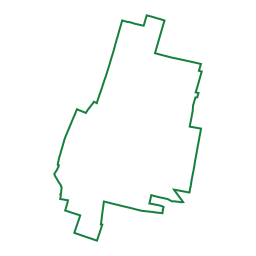 Celaru, Dolj, Romania (Mercator projection)
{"feature_id": "2599482B43733075119121", "entity_name": "Celaru", "entity_type": "district", "adm_level": 2, "iso_a3": "ROU", "parent_name": "Romania", "parent_adm1": "Dolj", "projection": "mercator", "projection_center": [24.129, 44.049], "detail": "fine", "context": "isolated", "style": "outline", "palette": "green", "viewbox_px": 256, "rotation_deg": 0, "n_neighbors": 0, "source": "geoboundaries", "source_scale": "gbopen_adm2", "svg_char_len": 5187}
<svg xmlns="http://www.w3.org/2000/svg" viewBox="0 0 256 256"><path d="M97.0,240.6L97.5,239.0L99.4,233.4L100.8,229.2L102.1,225.1L102.3,224.6L100.9,224.4L101.3,221.4L102.1,215.0L102.6,211.0L103.3,206.2L103.6,203.5L103.8,202.3L103.9,201.5L104.0,201.5L110.3,203.1L113.0,203.8L117.3,204.8L123.3,206.3L129.8,207.8L131.8,208.3L135.2,209.2L138.9,210.1L142.2,210.9L143.7,211.0L145.3,211.2L147.0,211.4L150.2,211.7L153.6,212.1L156.0,212.5L159.0,212.8L160.3,212.9L162.4,213.2L162.8,210.8L163.0,209.7L162.8,209.6L163.1,208.8L163.6,206.9L160.7,205.7L160.3,205.6L159.7,205.5L157.5,205.0L153.7,204.3L151.6,203.9L150.1,203.6L149.4,203.5L149.6,202.6L149.9,201.4L150.6,198.3L151.2,195.2L152.2,195.4L153.4,195.8L155.1,196.2L157.3,196.8L159.3,197.3L162.1,197.8L164.4,198.3L166.6,198.9L167.4,198.9L167.6,199.0L168.1,199.3L169.0,199.8L170.6,200.6L172.1,201.4L175.1,201.3L175.7,201.5L177.2,201.7L178.9,201.8L180.1,202.2L181.1,202.2L182.2,202.2L183.1,202.1L181.3,199.6L177.5,194.5L175.2,191.4L174.6,190.7L174.0,189.7L177.7,190.3L189.2,192.5L189.4,192.5L189.5,192.3L189.6,191.9L189.7,191.3L189.7,190.8L189.8,190.5L189.8,190.4L189.8,190.2L189.9,189.9L189.9,189.7L190.0,189.2L190.1,188.8L190.1,188.7L190.2,188.2L190.3,188.0L190.4,187.5L190.4,187.3L190.5,187.2L190.6,186.7L190.6,186.3L190.6,186.2L190.9,184.9L191.0,184.3L191.0,183.9L191.0,183.7L191.1,183.3L191.2,183.1L191.2,182.8L191.2,182.6L191.3,182.4L191.4,181.9L191.5,180.7L191.6,180.4L191.6,180.2L191.7,179.7L191.7,179.4L191.8,179.2L191.9,178.6L192.0,178.0L192.2,177.1L192.4,176.2L192.5,175.7L192.5,175.3L192.6,175.1L192.6,174.9L192.7,174.3L192.8,174.2L192.8,173.9L192.9,173.6L192.9,173.3L193.0,173.2L193.0,172.8L193.1,172.6L193.4,171.2L193.7,169.4L193.8,168.8L193.9,168.3L194.0,167.9L194.1,167.2L194.2,166.6L194.3,166.3L194.5,164.7L194.6,163.7L194.8,162.7L195.2,160.3L195.4,159.6L195.4,159.2L195.5,158.8L195.5,158.7L195.6,158.4L195.7,158.1L195.7,157.6L195.8,157.3L195.8,157.2L195.9,156.6L195.9,156.4L196.0,156.1L196.0,155.8L196.1,155.7L196.2,155.3L196.3,154.7L196.4,153.7L196.5,153.2L196.7,152.6L196.8,151.6L196.8,151.4L196.9,151.0L196.9,150.9L197.0,150.3L197.2,149.6L197.3,149.3L197.3,149.0L197.5,147.6L197.6,147.1L198.0,145.0L198.1,144.6L198.3,143.6L198.4,143.3L198.4,143.0L198.4,142.8L198.5,142.2L198.6,141.8L198.6,141.7L198.7,141.3L198.7,141.2L198.8,140.8L198.8,140.6L198.9,140.3L199.0,139.8L199.1,139.1L199.2,138.8L199.2,138.7L199.2,138.4L199.3,138.1L199.4,137.3L199.5,136.9L199.7,135.7L199.8,135.2L200.0,134.4L200.0,134.2L200.1,133.7L200.3,132.6L200.4,132.4L200.5,131.9L200.5,131.6L201.0,128.6L189.7,126.6L190.8,120.9L191.3,118.5L192.7,110.9L193.0,106.6L193.1,105.3L194.0,102.3L194.3,101.3L195.4,97.5L197.3,97.3L197.8,95.3L198.5,93.0L195.7,92.4L198.1,84.3L200.7,75.1L201.3,73.0L201.7,71.5L200.1,71.1L198.9,70.8L199.0,70.4L200.2,66.5L200.9,64.0L198.0,63.3L191.4,61.8L184.1,60.2L181.3,59.6L178.9,59.1L175.8,58.4L172.2,57.7L170.6,57.3L166.0,56.1L158.7,54.2L155.0,53.2L161.9,29.3L163.0,25.5L164.5,20.5L158.8,18.7L158.7,18.7L157.0,18.3L152.6,16.9L146.7,15.4L145.9,18.0L143.7,25.7L143.4,25.7L142.9,25.6L139.6,24.8L135.9,24.0L134.4,23.6L132.8,23.1L131.5,22.6L131.1,22.6L129.5,22.2L128.7,21.9L128.4,21.9L127.6,22.0L125.9,21.5L123.3,20.8L122.2,20.4L122.1,20.7L121.2,24.0L120.1,27.7L118.9,31.9L118.3,34.1L117.2,38.0L116.7,39.3L116.4,40.6L115.9,42.4L115.4,44.1L114.1,49.1L113.0,52.9L111.1,58.9L110.4,61.3L109.8,63.6L109.0,66.1L107.0,72.5L105.6,76.9L105.3,77.7L104.7,79.3L104.2,80.8L103.5,82.9L102.9,84.6L102.6,85.7L102.2,87.0L101.9,87.9L101.3,89.8L100.6,91.6L100.3,92.8L99.8,93.9L99.6,94.2L99.6,94.5L99.4,95.0L99.2,95.7L99.1,95.9L99.1,96.2L99.0,96.3L98.9,96.5L98.6,97.5L98.4,98.1L98.1,98.7L96.8,103.1L96.1,102.7L93.9,101.9L93.9,102.0L93.5,102.5L92.7,103.5L91.6,104.9L91.1,105.6L89.4,107.8L88.9,108.4L87.9,109.7L87.4,110.4L87.0,111.0L86.5,111.9L85.9,112.9L85.5,112.7L84.5,112.4L83.7,112.0L83.1,111.8L82.4,111.6L82.1,111.4L81.5,111.1L81.1,110.9L79.9,110.5L79.3,110.3L79.0,110.2L78.4,110.0L77.7,109.6L77.0,109.2L76.7,109.8L75.8,112.1L74.8,114.5L72.6,119.6L71.5,122.3L69.3,127.6L68.3,129.9L67.5,131.9L66.4,134.5L65.4,136.9L65.0,138.1L64.4,139.7L64.1,140.7L63.8,141.8L63.3,143.5L63.1,144.3L62.7,145.6L62.5,146.5L62.2,147.5L61.9,148.5L61.6,149.5L61.2,150.8L60.6,152.7L60.4,153.9L60.0,155.0L59.5,156.7L59.0,158.4L58.6,160.3L58.0,163.1L57.7,164.8L57.9,164.9L58.3,165.0L58.7,165.1L58.8,165.1L58.9,165.4L58.5,166.4L58.1,167.4L57.6,168.4L57.3,169.1L57.0,169.7L56.0,171.3L55.1,172.7L54.4,173.7L54.3,173.9L54.3,174.0L54.5,174.5L54.8,175.3L55.1,176.0L55.5,176.7L56.0,177.6L56.8,178.8L57.0,179.2L57.3,179.7L57.9,180.8L58.4,181.7L60.8,185.2L60.9,185.5L61.0,185.7L61.1,186.0L61.1,186.3L61.1,186.5L61.4,187.0L61.5,187.1L61.6,187.5L61.6,187.8L61.5,188.6L61.4,189.6L61.3,190.8L61.1,191.8L61.1,192.4L61.0,193.2L61.0,193.3L60.9,193.4L60.8,193.6L60.7,193.8L60.5,194.2L60.4,194.4L60.7,194.5L60.8,195.2L60.8,195.3L60.8,195.5L60.8,195.8L60.7,196.4L60.5,197.2L60.4,197.8L60.3,198.1L60.3,198.5L60.2,198.7L60.2,198.9L60.2,199.0L68.0,200.3L67.3,203.4L66.7,205.2L66.4,206.5L65.9,208.1L65.2,210.5L76.7,214.3L78.5,214.8L80.2,215.4L79.5,217.6L77.6,223.2L77.0,224.9L74.3,232.7L74.3,232.9L78.2,234.2L86.6,237.1L90.6,238.4L94.5,239.8L97.0,240.6Z" fill="none" stroke="#15803d" stroke-width="2"/></svg>